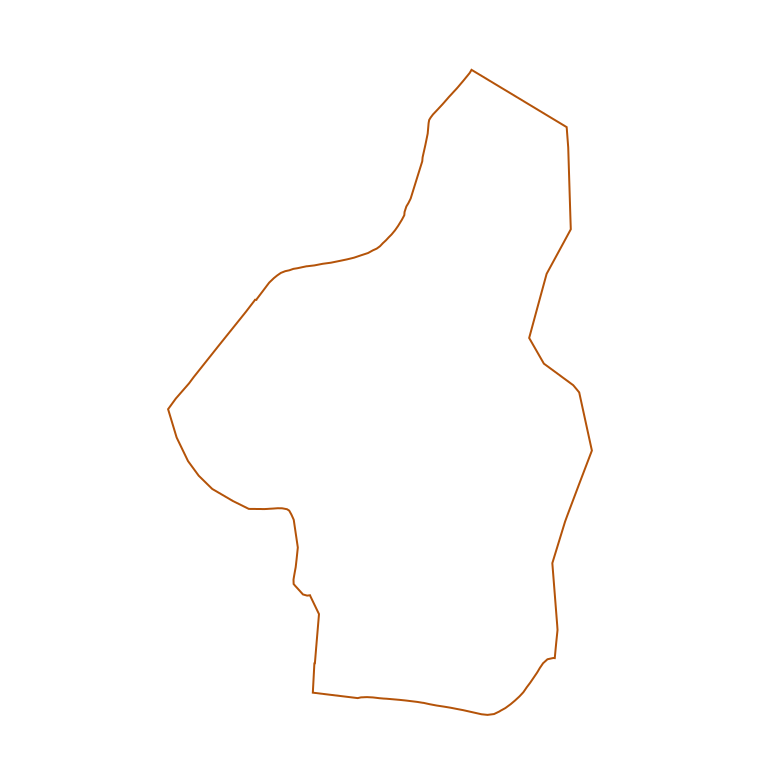 Al Humaydat, Al Jawf, Yemen (Natural Earth projection), rotated 275°
{"feature_id": "15242507B46663253000628", "entity_name": "Al Humaydat", "entity_type": "district", "adm_level": 2, "iso_a3": "YEM", "parent_name": "Yemen", "parent_adm1": "Al Jawf", "projection": "natural_earth1", "projection_center": [44.413, 16.467], "detail": "fine", "context": "isolated", "style": "outline", "palette": "amber", "viewbox_px": 768, "rotation_deg": 275, "n_neighbors": 0, "source": "geoboundaries", "source_scale": "gbopen_adm2", "svg_char_len": 2226}
<svg xmlns="http://www.w3.org/2000/svg" viewBox="0 0 768 768"><g transform="rotate(275 384 384)"><path d="M704.6,443.8L704.2,443.6L703.9,443.5L701.4,442.3L693.3,436.8L685.1,431.0L675.8,423.8L668.0,418.1L661.2,412.8L656.8,409.3L653.6,407.3L651.0,406.0L647.8,405.7L637.3,405.7L625.9,404.4L613.2,402.7L609.2,402.7L592.3,399.0L571.1,394.4L566.5,392.6L562.8,390.8L557.2,389.5L553.9,389.5L549.2,387.5L542.6,384.2L538.1,381.6L533.6,378.5L530.5,375.9L527.4,373.5L524.2,370.6L520.9,368.0L518.2,364.9L516.2,361.3L513.1,356.7L510.2,349.9L507.3,343.3L506.3,340.4L504.9,336.2L502.9,329.6L500.2,320.5L498.4,312.4L496.1,304.4L494.6,297.2L494.5,296.5L493.1,291.9L491.8,287.7L490.8,283.7L489.0,279.7L487.8,275.8L485.7,271.6L482.8,268.1L479.8,265.0L475.0,260.8L456.8,249.4L456.7,249.4L456.7,248.2L455.6,247.6L450.3,244.2L444.3,240.4L408.1,216.2L374.1,193.7L367.6,189.7L351.4,177.9L340.1,171.1L312.6,182.1L290.1,195.5L276.5,207.4L264.5,222.0L254.2,243.8L247.8,260.2L249.0,275.9L249.4,278.8L249.7,280.6L250.2,284.1L251.0,289.1L251.3,293.5L250.8,298.3L249.6,300.6L245.9,303.1L242.7,304.9L240.9,305.9L213.6,312.4L201.9,312.2L193.8,312.0L189.7,311.6L184.0,311.1L181.3,310.9L177.0,311.4L176.9,311.4L175.1,313.2L173.2,315.3L167.3,321.6L166.5,325.9L167.1,328.7L165.9,329.3L149.6,339.0L149.1,339.3L118.1,339.4L117.5,339.4L117.0,339.4L99.7,339.5L99.6,339.0L70.3,340.0L68.8,385.2L69.8,388.3L70.6,394.3L70.8,400.5L70.6,406.8L70.6,411.2L70.7,413.9L70.7,420.7L70.7,427.0L70.6,433.1L70.4,439.0L70.2,444.9L69.8,450.2L69.8,451.1L69.0,457.3L68.3,464.3L67.8,472.2L67.3,478.7L66.6,485.2L66.0,491.2L65.1,497.9L64.3,503.9L63.5,509.8L63.4,515.9L63.5,516.4L64.8,522.4L67.9,527.6L68.1,527.9L68.5,528.3L71.7,533.1L76.0,538.0L80.1,542.1L84.5,546.1L85.0,546.5L89.1,549.7L94.4,552.7L99.2,555.7L104.9,558.9L109.9,561.7L114.7,564.0L119.7,566.8L124.0,570.8L124.4,572.0L125.8,576.5L125.8,578.0L140.2,578.1L154.1,578.3L158.6,577.6L220.2,567.3L262.8,576.4L269.1,578.1L300.9,587.0L335.8,596.9L345.4,593.9L392.6,579.2L395.8,576.1L399.3,572.6L418.2,541.5L442.5,524.6L472.6,530.0L507.9,536.4L540.3,550.5L554.4,556.6L567.6,555.0L635.7,546.9L646.0,545.2L652.1,544.2L654.0,543.9L655.0,543.7L655.8,543.6L656.2,542.8L704.6,443.8Z" fill="none" stroke="#b45309" stroke-width="2"/></g></svg>